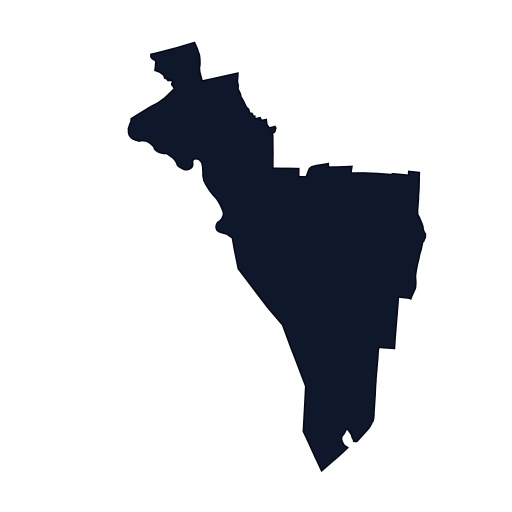 Itesti, Bacau, Romania, rotated 18°
{"feature_id": "2599482B64151983327745", "entity_name": "Itesti", "entity_type": "district", "adm_level": 2, "iso_a3": "ROU", "parent_name": "Romania", "parent_adm1": "Bacau", "projection": "albers", "projection_center": [26.861, 46.655], "detail": "fine", "context": "isolated", "style": "filled", "palette": "ink", "viewbox_px": 512, "rotation_deg": 18, "n_neighbors": 0, "source": "geoboundaries", "source_scale": "gbopen_adm2", "svg_char_len": 5543}
<svg xmlns="http://www.w3.org/2000/svg" viewBox="0 0 512 512"><g transform="rotate(18 256 256)"><path d="M384.8,440.1L385.3,439.3L386.9,436.6L388.9,433.2L389.2,432.8L392.3,427.6L395.1,423.1L396.7,420.4L397.6,418.7L398.6,417.1L400.0,414.5L401.0,412.7L401.5,411.7L402.5,409.9L401.2,409.4L399.9,409.3L398.8,408.9L397.5,408.0L395.3,405.9L394.3,404.4L393.5,402.4L393.6,400.5L394.4,398.6L395.0,396.1L395.5,392.8L397.4,392.7L398.0,393.5L398.5,393.8L398.9,393.6L399.2,393.6L399.3,394.2L400.3,395.2L401.7,396.2L402.5,397.2L403.0,398.1L403.9,399.3L404.8,400.1L405.7,400.7L406.3,401.0L405.9,401.8L406.6,402.1L407.1,401.2L408.1,401.7L409.3,401.2L409.9,399.8L410.4,398.7L411.2,396.9L412.8,393.4L413.7,391.4L414.6,389.4L415.6,387.2L416.4,385.2L416.9,383.7L417.5,381.2L417.8,378.2L418.3,377.0L418.2,375.4L418.0,373.7L417.5,371.4L416.5,368.0L415.3,363.2L413.6,356.6L412.0,350.3L409.9,342.8L409.0,338.9L408.0,335.3L406.5,328.8L404.8,321.6L403.4,315.5L402.0,310.2L401.4,307.5L401.1,304.9L403.5,304.3L406.3,303.7L408.6,303.1L410.9,302.5L416.3,301.2L415.6,298.4L415.0,295.9L414.6,294.6L413.8,291.4L413.1,288.4L412.1,284.2L410.3,276.7L408.9,270.7L407.5,264.8L406.3,259.8L405.4,256.1L404.5,252.6L404.2,251.0L406.6,250.5L410.3,249.7L413.6,249.0L414.7,248.8L415.2,248.8L416.5,249.0L416.5,247.4L416.7,245.5L416.8,244.0L417.1,242.0L417.3,239.9L417.5,238.1L417.5,237.0L417.2,235.6L416.9,234.2L416.2,231.7L415.6,230.0L414.8,228.2L414.1,226.4L413.7,224.6L413.4,223.4L412.9,220.3L412.7,218.8L412.3,215.9L412.0,212.5L411.8,209.6L411.6,207.0L411.2,204.7L411.1,202.7L411.1,199.0L410.7,195.7L410.4,192.0L410.2,191.4L410.4,190.8L410.9,190.3L411.0,189.0L411.2,186.5L411.3,185.9L410.8,184.3L410.6,183.3L410.4,182.7L409.0,181.7L407.6,180.1L406.7,178.7L406.3,177.9L406.1,177.4L405.8,176.9L405.6,176.2L404.9,175.3L404.3,174.7L403.9,174.0L403.4,173.4L399.2,168.6L397.1,166.7L396.2,164.5L395.4,162.0L394.7,159.0L393.8,155.4L393.4,153.6L392.8,151.1L392.2,149.5L391.7,147.6L391.4,146.3L391.1,145.0L390.3,141.8L388.8,137.0L387.9,133.8L387.5,132.5L386.9,130.8L385.6,126.1L375.1,128.3L376.0,132.1L370.7,133.2L360.6,135.5L359.2,136.8L351.7,138.6L344.9,140.3L338.9,142.0L335.2,143.0L331.6,144.1L325.6,146.1L320.6,147.8L319.6,141.1L317.0,142.1L306.2,146.1L302.9,147.2L297.4,149.1L296.2,145.7L295.0,146.4L290.2,148.9L285.1,151.5L281.3,154.0L280.0,155.9L279.6,157.1L279.3,164.2L279.3,165.2L273.9,166.8L272.1,167.4L269.7,159.6L267.5,160.3L262.1,161.9L249.5,165.9L245.5,167.1L244.9,167.3L242.0,158.3L240.8,154.3L236.5,141.5L234.9,136.6L233.9,134.8L233.8,134.1L235.3,132.5L235.5,130.9L235.3,129.6L235.4,128.2L234.0,126.9L232.5,128.0L230.7,129.0L229.8,129.7L229.0,129.9L228.7,129.9L227.7,129.1L225.9,127.6L225.4,126.9L223.6,123.0L220.9,124.5L219.1,125.3L217.2,123.1L214.8,124.6L213.9,125.1L212.8,125.4L212.0,124.6L211.7,123.4L210.3,123.8L209.0,122.5L208.4,121.8L208.1,121.6L207.6,121.7L207.1,122.0L206.3,122.1L205.4,121.2L204.8,120.5L204.5,120.1L204.1,119.2L203.7,118.9L203.4,118.6L202.4,118.2L201.3,117.6L200.2,116.8L199.1,115.5L197.4,113.8L196.2,112.5L194.7,111.1L193.2,109.8L192.6,109.5L192.3,109.1L191.6,107.5L191.3,107.1L190.9,106.4L190.2,105.7L189.1,104.6L188.4,103.8L187.9,103.4L187.5,103.0L187.2,102.6L186.9,101.2L186.3,98.9L185.3,97.5L184.9,96.7L184.5,95.9L184.1,94.7L183.7,92.9L183.3,91.1L182.9,89.7L182.3,87.6L164.7,98.0L150.7,106.2L149.8,104.8L148.3,102.4L146.9,100.3L145.5,98.1L145.1,96.9L144.7,96.0L144.0,94.5L143.9,93.2L143.7,91.9L143.2,90.0L142.8,88.9L142.4,87.7L141.5,85.4L140.4,83.0L139.8,81.9L138.5,80.3L137.1,78.4L136.3,77.2L135.2,76.0L133.8,74.4L133.1,73.6L132.0,72.4L131.6,71.9L115.4,83.0L107.1,88.3L100.1,92.8L98.8,93.6L97.4,94.5L94.6,96.1L93.7,96.6L93.9,97.3L94.1,98.0L94.4,99.0L95.7,100.1L97.7,100.9L98.9,100.9L100.0,101.3L100.7,102.4L101.1,104.2L101.8,107.0L102.5,110.7L107.7,110.9L112.7,112.7L113.3,113.9L114.0,114.8L114.6,115.2L116.6,115.1L117.8,116.2L118.6,115.7L118.8,115.8L118.8,116.1L119.4,115.9L120.2,115.1L120.9,115.5L121.1,115.2L121.7,115.2L122.6,115.8L123.0,115.8L123.6,116.4L123.4,116.9L122.5,117.6L122.5,117.8L122.9,118.7L122.9,119.2L123.7,119.6L124.0,120.0L124.7,119.7L125.0,120.0L125.5,121.1L126.6,122.2L120.4,133.9L115.8,140.2L113.7,142.5L111.8,144.3L110.9,145.3L108.6,147.7L107.2,149.4L106.5,150.3L103.9,153.3L94.8,164.0L95.3,165.6L95.6,167.3L95.4,168.4L95.2,169.9L95.3,171.9L95.2,174.1L95.4,174.9L95.9,175.7L96.1,176.4L96.2,177.1L97.2,179.1L98.4,180.5L100.1,181.8L102.4,182.7L106.0,183.0L107.5,182.9L109.0,182.9L110.1,182.6L111.1,181.8L112.5,181.3L115.1,180.8L117.9,180.8L120.6,181.6L123.6,182.9L125.2,183.9L126.4,185.5L127.4,186.2L128.8,186.7L130.5,187.2L132.0,187.4L134.0,187.3L136.8,187.0L139.5,186.1L142.4,187.1L146.4,188.3L148.4,189.3L149.7,190.2L150.9,191.2L152.2,192.6L153.3,194.1L155.3,194.9L158.3,195.6L161.1,196.0L163.6,195.4L165.7,194.0L167.1,192.3L167.8,190.7L167.7,188.9L167.3,187.8L166.7,186.4L166.4,185.3L166.5,184.1L167.3,182.8L169.0,182.1L171.0,181.8L172.6,182.1L174.5,183.2L176.1,184.7L177.0,186.4L177.9,188.3L179.8,193.1L180.7,196.0L182.9,200.0L183.8,201.1L186.9,204.1L191.8,208.2L196.5,211.3L201.1,213.9L205.8,218.0L209.2,221.7L211.5,224.6L212.3,227.2L212.0,231.2L211.0,233.4L209.0,236.2L208.8,237.8L208.7,239.4L209.3,241.6L211.0,243.6L212.1,244.0L213.2,244.4L216.0,244.4L216.8,244.4L221.5,244.2L225.4,245.4L227.9,246.1L233.3,256.3L234.6,258.6L243.1,273.7L245.5,275.3L273.8,295.0L283.4,301.6L302.6,313.4L316.9,331.6L319.0,334.2L322.9,338.9L343.5,364.5L348.2,381.9L352.7,398.9L355.2,408.2L360.4,413.7L370.6,424.8L376.1,430.8L377.0,431.7L380.2,435.1L384.5,439.8L384.8,440.1Z" fill="#0f172a" stroke="#020617" stroke-width="1.5"/></g></svg>